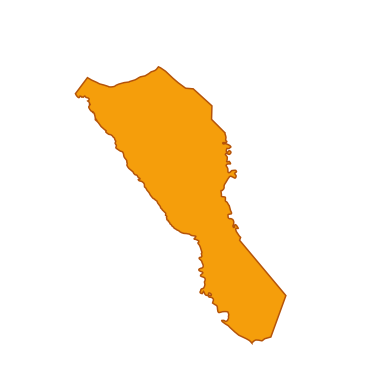 La Jigua, Copán, Honduras, rotated 310°
{"feature_id": "27666195B73111216600935", "entity_name": "La Jigua", "entity_type": "district", "adm_level": 2, "iso_a3": "HND", "parent_name": "Honduras", "parent_adm1": "Copán", "projection": "equal_earth", "projection_center": [-88.775, 15.106], "detail": "fine", "context": "isolated", "style": "filled", "palette": "amber", "viewbox_px": 384, "rotation_deg": 310, "n_neighbors": 0, "source": "geoboundaries", "source_scale": "gbopen_adm2", "svg_char_len": 6028}
<svg xmlns="http://www.w3.org/2000/svg" viewBox="0 0 384 384"><g transform="rotate(310 192 192)"><path d="M131.6,345.6L173.0,330.5L185.6,259.5L188.5,258.4L188.7,256.5L190.2,251.4L191.3,249.6L191.7,249.3L192.2,249.2L192.9,249.7L193.6,250.7L194.0,250.7L194.4,249.6L195.0,247.6L195.0,246.9L194.9,246.3L194.4,246.1L193.7,246.1L192.3,247.2L191.7,246.9L191.6,246.5L191.9,245.7L192.7,244.9L194.0,244.6L195.5,243.6L196.2,242.9L196.8,241.9L197.1,240.9L196.9,239.9L196.6,238.9L195.9,238.2L195.6,237.8L195.5,236.9L195.6,236.2L197.4,234.4L197.8,234.2L198.4,234.4L200.5,236.1L201.1,236.0L201.6,235.5L202.6,233.4L205.4,229.4L205.8,227.9L206.6,225.8L206.7,224.9L206.5,223.9L206.7,223.2L209.1,221.3L209.3,221.0L209.3,220.4L207.8,218.0L207.7,217.6L207.7,217.2L209.2,216.0L211.3,213.6L211.9,213.4L212.4,214.1L212.8,214.2L214.9,214.3L216.1,213.7L217.3,212.6L218.6,212.1L221.5,211.7L225.0,211.1L227.9,210.9L228.6,211.2L229.1,211.8L229.5,213.0L230.1,215.7L230.4,216.1L230.9,216.2L231.9,216.0L232.7,215.4L233.0,215.0L233.2,213.7L233.8,212.6L235.8,213.1L236.2,213.0L236.5,212.4L236.7,211.7L236.5,211.2L236.0,210.6L234.0,208.7L231.4,208.4L230.9,208.2L230.5,207.9L230.4,207.5L230.4,207.0L230.6,206.6L231.0,206.1L232.0,205.3L233.0,204.2L233.4,203.3L234.0,201.4L234.4,201.0L235.2,200.9L236.1,201.1L236.8,201.7L238.0,203.2L238.4,203.3L238.7,203.1L239.1,202.2L239.3,200.7L238.0,199.9L237.7,199.5L237.6,199.0L239.4,198.1L241.3,196.7L241.6,196.0L242.1,193.5L242.8,193.2L243.4,193.2L243.8,193.9L244.4,195.7L244.7,196.3L245.3,196.6L246.4,196.7L247.2,196.5L247.6,196.1L247.9,195.4L247.8,194.5L247.6,194.1L247.3,193.8L245.2,193.7L245.0,193.3L245.1,192.7L245.3,192.1L245.5,191.8L247.0,191.0L247.9,190.8L249.0,192.4L249.6,192.4L251.1,192.9L251.6,192.7L251.8,192.0L251.9,191.1L251.5,189.1L250.7,186.6L249.2,185.4L248.9,184.9L249.0,184.3L249.3,184.0L249.9,184.1L251.3,185.9L252.2,186.4L252.9,186.4L253.2,185.9L253.1,185.1L253.4,184.4L255.8,182.8L257.0,181.2L257.8,179.8L258.5,179.4L260.2,160.3L270.8,151.9L271.8,126.6L267.4,120.4L266.8,111.2L266.9,104.0L267.5,94.1L266.9,88.1L266.3,85.8L263.4,85.9L261.8,85.7L259.7,84.7L257.9,83.5L254.9,82.8L250.8,81.4L247.1,78.5L245.2,77.7L242.7,76.9L241.1,76.2L236.5,73.2L235.6,72.9L232.2,69.7L227.5,66.5L225.1,65.3L224.0,65.0L223.0,64.7L221.5,63.5L220.3,62.3L219.1,60.7L219.1,60.3L218.9,59.6L217.3,55.7L215.4,51.7L214.8,48.8L213.2,43.1L212.4,38.4L192.4,39.5L191.6,41.5L191.3,43.3L191.4,44.1L191.5,44.6L191.7,44.8L192.2,44.9L193.1,44.8L193.5,44.6L194.0,45.6L193.8,46.5L194.3,46.8L194.6,47.7L196.4,48.0L196.6,48.4L196.4,49.1L196.4,50.1L197.2,51.9L197.3,53.0L197.0,53.5L196.4,53.9L195.5,53.9L194.7,53.6L194.7,55.6L194.5,56.0L193.4,57.0L193.8,57.4L193.7,57.7L191.4,58.0L190.8,58.2L190.3,58.8L189.7,60.3L189.2,62.2L189.2,62.7L189.8,64.8L189.6,65.5L189.2,65.3L189.4,66.3L189.4,66.8L188.9,67.1L188.3,68.2L186.5,70.4L186.2,71.1L185.9,72.2L185.4,71.3L185.2,71.5L185.1,73.9L184.9,75.6L183.7,80.4L183.7,81.3L183.6,84.8L183.6,85.5L183.7,85.8L183.7,86.9L182.8,87.2L182.6,87.4L182.5,87.9L182.5,89.6L182.7,91.2L183.6,92.8L183.8,93.8L183.8,95.0L183.5,96.1L183.5,97.8L182.4,99.5L182.2,100.4L181.8,101.0L180.0,101.7L179.6,102.4L179.4,103.5L179.1,104.1L178.1,104.7L177.1,105.1L176.9,105.3L176.8,106.4L177.2,110.3L177.5,111.4L178.0,112.5L178.0,113.5L177.1,115.1L176.0,116.3L175.3,117.3L174.9,118.4L174.3,121.3L174.1,121.8L173.7,122.3L173.1,122.7L172.3,124.0L170.7,124.9L170.0,126.4L169.5,128.5L169.5,133.9L168.8,135.5L168.7,136.6L168.7,137.5L169.3,138.4L169.4,139.3L168.6,141.5L168.9,143.3L168.7,143.7L168.3,143.8L167.0,142.9L166.8,143.2L166.7,143.7L166.7,144.4L167.6,146.3L167.8,147.0L167.9,148.1L167.8,149.4L167.3,150.5L165.4,152.3L165.3,154.3L164.5,156.1L163.9,159.5L162.8,162.3L162.3,164.8L162.1,166.1L162.2,167.0L162.5,167.7L162.3,168.7L162.5,170.9L161.5,172.9L160.5,177.1L159.7,178.1L159.5,180.0L159.2,180.9L158.9,185.2L158.6,185.7L157.1,186.8L157.3,187.7L157.2,188.3L156.8,188.5L155.9,189.0L155.3,190.0L154.7,190.5L154.6,191.0L155.0,192.2L154.2,192.9L154.3,193.5L154.3,194.3L153.5,195.7L153.6,197.1L153.1,198.6L153.2,200.6L152.8,201.6L153.2,203.6L153.2,204.6L153.8,206.6L153.8,208.2L154.1,210.0L155.0,212.3L156.6,214.5L157.8,216.6L158.1,217.3L158.2,218.8L158.5,219.8L160.1,222.4L160.5,223.3L160.3,223.6L158.7,223.8L157.7,223.6L157.4,223.9L157.4,224.3L158.0,225.1L158.3,226.0L158.8,228.1L158.8,228.6L157.9,229.4L157.0,229.2L156.7,229.4L156.4,229.9L156.2,231.3L155.4,233.3L152.2,238.3L151.7,238.7L150.7,238.8L149.8,240.2L149.0,240.9L148.0,240.9L146.7,239.9L146.1,239.9L145.7,240.2L145.5,240.7L145.5,242.2L145.2,244.0L144.4,245.1L143.3,247.4L142.6,248.1L141.9,248.6L141.1,248.7L140.0,248.4L139.0,247.6L138.1,247.2L137.2,247.0L136.7,247.3L136.5,247.7L136.4,248.2L136.7,249.6L137.3,251.1L137.3,251.8L137.2,252.1L136.5,252.4L133.9,252.0L133.5,252.2L133.2,252.5L133.3,253.4L134.1,255.6L134.3,256.4L134.2,257.4L133.7,258.2L132.4,259.0L131.1,259.3L129.4,261.4L127.8,262.2L126.4,262.6L125.8,262.6L125.0,262.3L123.9,261.6L123.1,261.5L121.9,262.1L120.6,262.4L120.3,262.7L120.1,263.1L120.2,264.1L120.7,265.1L123.2,264.7L123.0,265.5L122.2,267.2L121.9,268.5L122.0,269.2L122.5,270.1L123.0,270.7L123.3,270.8L124.3,270.4L125.1,269.8L125.5,269.8L125.8,270.1L126.1,270.7L126.1,272.2L125.8,272.9L125.2,273.2L124.6,272.8L124.2,271.7L123.8,271.2L123.2,271.1L122.7,271.6L122.5,272.2L122.6,272.8L122.9,273.4L123.5,274.2L123.9,275.3L123.9,276.1L123.8,276.8L123.5,277.4L123.0,277.9L120.2,279.1L120.4,281.4L120.8,283.5L120.7,284.5L120.1,285.4L118.7,286.8L117.3,288.4L117.0,289.0L116.8,289.7L116.9,290.0L117.3,290.5L120.0,292.4L121.6,294.1L122.8,295.7L123.0,296.3L123.1,296.7L122.5,297.8L121.5,299.2L120.3,299.7L119.2,300.8L118.6,301.2L116.7,301.7L115.5,301.6L114.7,301.2L114.4,300.7L114.3,299.4L113.9,298.6L112.8,297.4L112.6,297.4L112.4,297.7L112.2,298.5L112.2,299.6L112.4,302.5L112.9,305.7L112.6,308.3L112.5,310.3L112.3,315.1L112.4,319.9L114.5,327.8L115.1,331.1L115.1,332.6L114.7,335.2L115.4,334.7L116.3,335.1L118.1,335.3L119.3,335.8L119.8,336.2L121.3,338.2L122.8,341.0L123.3,341.4L126.3,342.0L131.6,345.6Z" fill="#f59e0b" stroke="#b45309" stroke-width="1.5"/></g></svg>